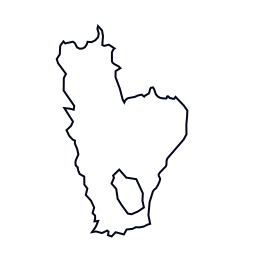 an SVG outline of Gyor-Moson-Sopron, rotated 82°
{"feature_id": "HUN-3156", "entity_name": "Gyor-Moson-Sopron", "entity_type": "County", "adm_level": 1, "iso_a3": "HUN", "parent_name": "Hungary", "parent_adm1": "", "projection": "equal_earth", "projection_center": [17.255, 47.709], "detail": "fine", "context": "isolated", "style": "outline", "palette": "ink", "viewbox_px": 256, "rotation_deg": 82, "n_neighbors": 0, "source": "natural_earth", "source_scale": "10m", "svg_char_len": 2031}
<svg xmlns="http://www.w3.org/2000/svg" viewBox="0 0 256 256"><g transform="rotate(82 128 128)"><path d="M75.8,133.3L87.9,130.6L99.1,129.3L102.2,128.1L100.5,127.1L99.2,125.6L98.4,123.6L98.2,117.2L97.1,113.2L96.9,109.8L99.2,107.6L98.2,106.4L96.8,102.7L95.6,101.9L92.4,100.6L91.4,99.8L91.3,97.6L93.3,96.7L98.6,95.7L101.1,94.0L102.6,92.0L103.5,89.4L104.1,86.0L103.8,85.6L103.0,85.3L102.2,84.9L102.1,84.1L102.5,83.5L103.9,82.7L104.2,82.4L104.6,80.7L105.4,79.5L105.5,78.2L103.8,76.6L113.4,69.7L119.0,66.8L124.5,67.8L130.9,69.3L132.4,69.7L142.4,71.0L147.2,74.5L163.0,92.6L164.5,93.8L166.0,94.4L169.9,95.1L171.3,95.9L176.5,102.6L178.4,104.2L179.9,104.2L181.5,103.5L183.2,103.3L185.5,104.3L188.7,106.3L191.5,108.6L192.7,110.6L194.3,112.2L200.8,115.2L204.3,116.9L217.2,119.9L226.0,119.4L226.4,122.0L227.8,126.2L228.0,130.5L227.3,134.0L228.5,137.5L228.3,143.5L232.8,146.9L229.5,154.8L233.1,159.3L231.4,162.7L228.0,161.7L226.7,162.9L228.4,168.4L226.0,174.1L226.1,178.1L221.3,173.6L215.9,170.5L215.8,174.2L213.0,173.1L210.1,172.8L207.4,174.9L202.0,172.6L194.9,174.7L188.4,179.1L182.3,176.7L177.9,179.1L170.0,178.1L166.9,182.2L163.4,183.2L160.0,183.3L157.8,185.0L155.0,184.9L152.5,184.1L147.3,180.8L141.6,181.3L135.9,182.8L133.1,182.3L131.8,184.4L127.6,187.3L121.6,189.2L118.0,184.1L114.0,181.6L99.4,188.3L100.7,183.2L102.3,179.2L98.5,178.2L82.0,186.5L69.6,184.6L65.8,181.9L54.2,188.2L49.8,189.0L45.6,185.3L37.7,183.8L35.6,182.3L33.7,180.2L33.3,179.9L35.5,178.4L34.9,170.5L36.6,168.8L41.1,167.2L42.8,164.7L42.9,161.6L41.8,159.2L39.6,157.3L37.0,156.0L37.9,152.2L36.6,148.2L34.0,145.1L30.6,143.8L25.6,144.5L22.9,143.5L27.9,140.1L33.7,140.0L42.2,141.9L43.4,140.1L42.8,135.4L47.3,130.3L47.6,131.0L49.4,132.5L51.0,133.4L59.6,134.6L61.0,134.3L62.7,132.8L65.7,128.7L67.7,127.2L69.9,132.3L75.8,133.3ZM202.0,123.8L194.7,122.4L179.8,126.9L176.9,136.6L168.0,142.5L173.1,149.4L175.3,148.8L180.7,152.0L186.8,148.1L196.6,148.1L203.1,145.2L212.7,140.1L213.9,136.5L212.1,129.9L208.9,123.3L202.0,123.8Z" fill="none" stroke="#020617" stroke-width="2"/></g></svg>